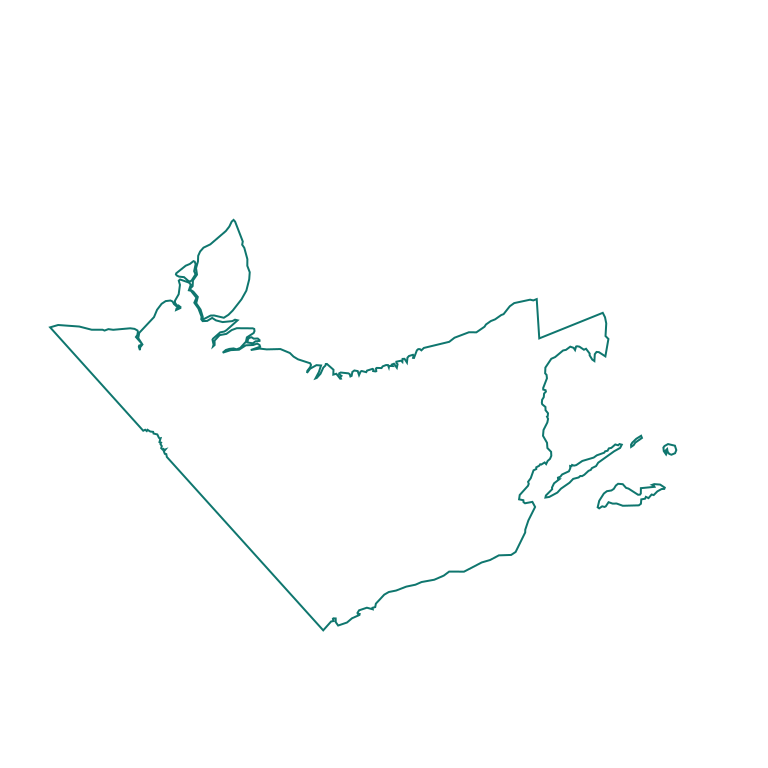 the border of Papua, rotated 138°
{"feature_id": "IDN-558", "entity_name": "Papua", "entity_type": "Province", "adm_level": 1, "iso_a3": "IDN", "parent_name": "Indonesia", "parent_adm1": "", "projection": "mercator", "projection_center": [137.674, -4.867], "detail": "fine", "context": "isolated", "style": "outline", "palette": "teal", "viewbox_px": 768, "rotation_deg": 138, "n_neighbors": 0, "source": "natural_earth", "source_scale": "10m", "svg_char_len": 6173}
<svg xmlns="http://www.w3.org/2000/svg" viewBox="0 0 768 768"><g transform="rotate(138 384 384)"><path d="M594.0,241.6L594.2,475.1L592.7,477.6L593.6,478.8L592.7,481.2L590.2,481.6L591.2,482.0L591.4,483.3L592.4,483.3L592.5,485.4L590.7,486.5L590.3,489.1L588.9,489.6L589.7,491.1L586.3,493.2L587.2,493.7L587.2,494.8L586.2,498.2L588.4,501.4L587.6,502.9L589.5,505.1L590.4,508.2L591.8,507.8L592.1,509.8L594.2,510.4L594.2,649.5L586.7,645.9L572.0,630.6L564.9,619.9L556.8,612.6L555.9,610.7L552.1,609.2L549.0,605.5L535.3,595.2L532.5,591.9L531.4,588.7L532.0,587.4L534.6,585.4L536.9,584.9L537.0,576.5L538.4,575.5L540.2,576.4L541.3,575.7L542.7,572.5L540.7,574.4L537.1,575.0L535.9,582.6L531.6,585.8L510.2,587.6L503.0,591.0L495.6,592.4L490.8,591.7L486.8,588.9L485.9,586.7L486.6,584.0L486.2,580.7L484.6,578.5L487.7,578.9L488.9,578.1L484.5,576.7L483.8,577.4L484.2,580.0L485.4,580.9L484.9,584.4L483.5,585.8L476.5,588.1L469.3,594.2L467.4,598.1L465.6,598.1L461.1,589.9L461.1,587.1L466.3,584.2L465.1,582.5L465.7,573.6L470.6,571.3L471.4,564.3L474.6,556.0L476.5,554.4L476.7,552.1L473.2,549.2L467.5,548.1L466.3,543.7L462.5,538.0L454.6,532.2L451.7,531.5L450.2,529.3L465.0,529.4L467.5,529.8L471.2,532.0L480.7,532.1L481.8,531.7L484.3,527.3L485.9,526.3L483.8,526.3L480.9,529.6L474.7,530.2L473.3,530.2L467.6,526.7L461.1,526.0L456.1,524.0L444.3,513.2L443.6,511.8L444.8,510.0L446.8,509.1L454.7,510.4L458.3,507.8L466.7,507.0L470.3,508.4L472.0,511.1L475.5,513.6L478.8,515.1L482.9,515.2L475.2,511.7L468.8,506.5L460.8,505.2L455.1,500.5L451.2,498.9L450.4,496.3L451.1,494.6L460.3,498.4L452.8,493.6L448.0,488.2L437.6,479.3L433.2,470.0L432.9,464.9L431.4,459.9L425.0,448.8L425.5,447.0L427.6,445.9L432.1,445.1L433.8,443.8L428.7,444.8L421.6,443.2L418.4,439.9L424.3,436.5L431.2,434.0L430.0,433.5L424.3,434.1L418.1,436.8L415.2,436.9L413.9,437.8L413.0,437.1L412.0,428.4L415.4,424.9L412.6,423.5L413.0,417.2L412.4,416.8L411.8,418.5L410.2,418.5L410.8,421.2L410.2,421.9L408.5,421.5L403.3,415.7L402.9,414.2L403.9,412.1L402.6,411.7L399.5,414.1L397.0,413.9L394.9,411.2L396.6,407.3L393.1,408.9L391.9,408.6L389.3,404.7L387.6,405.3L382.4,402.9L382.1,401.9L383.4,400.9L382.0,399.1L381.2,398.7L379.5,400.9L378.6,400.8L375.2,397.5L373.2,398.0L369.8,396.7L368.4,395.4L369.3,393.1L368.1,394.0L365.4,391.4L365.1,393.2L363.0,392.4L363.6,387.5L360.7,389.6L360.7,391.4L359.9,392.3L355.7,389.9L355.6,388.1L353.4,390.2L351.9,389.0L352.6,384.6L348.9,387.9L346.7,388.1L342.9,386.3L343.1,385.2L344.9,384.0L344.3,383.3L337.1,387.0L335.2,387.0L334.0,385.9L333.7,384.0L330.2,384.1L307.3,371.7L300.6,371.2L286.2,365.6L280.8,360.6L271.0,359.3L268.4,360.0L262.5,359.3L258.2,357.7L250.7,356.8L248.4,355.9L238.5,357.6L233.1,357.0L219.0,348.9L217.1,346.2L213.7,344.9L238.1,314.0L173.8,290.5L175.1,285.7L178.3,280.3L187.3,271.4L187.1,267.3L201.0,256.4L203.0,263.9L204.6,265.6L207.4,265.1L212.3,260.3L212.9,262.8L212.0,267.7L210.8,269.0L210.3,275.0L212.5,275.7L213.8,281.0L215.3,282.9L216.2,283.3L219.3,281.4L218.9,284.0L220.6,287.1L225.9,287.6L228.5,289.1L238.8,289.5L242.8,290.8L253.1,288.2L257.1,284.1L257.1,282.0L259.1,279.2L268.4,274.5L269.4,273.3L268.1,271.3L268.8,270.0L271.4,269.8L274.1,267.3L277.0,266.5L279.3,264.4L280.0,263.0L279.4,258.9L281.5,256.4L281.7,252.5L283.8,250.6L284.7,250.7L285.4,248.3L288.4,246.1L296.2,243.1L300.5,239.1L302.2,231.2L305.4,227.1L305.2,221.8L307.7,218.7L310.7,217.3L313.9,217.3L317.1,216.0L317.1,218.2L321.0,218.9L321.6,219.8L323.4,219.4L326.6,220.2L327.8,218.9L330.6,219.8L338.0,215.8L342.4,214.9L343.2,213.0L345.1,212.0L357.4,210.7L360.8,207.9L358.2,204.4L359.4,202.8L359.0,201.0L352.6,197.1L354.0,191.5L368.0,186.0L376.5,181.2L378.4,179.2L398.6,171.1L403.9,171.9L413.3,179.8L422.9,182.2L430.8,186.0L450.1,191.0L461.1,201.0L467.8,201.6L477.6,204.9L488.6,211.7L494.9,213.8L503.0,218.5L513.2,222.4L519.6,226.2L524.8,227.3L537.0,226.2L539.8,224.1L542.3,225.4L543.1,224.1L546.4,229.2L554.0,232.5L556.9,231.6L557.2,230.9L556.0,229.4L556.8,228.8L564.5,231.3L571.1,231.5L579.7,235.2L579.2,239.3L576.8,242.1L578.4,243.7L579.1,243.7L580.1,241.6L582.2,242.9L594.0,241.6ZM467.1,550.9L475.6,553.1L473.7,555.3L470.5,562.1L469.5,569.7L464.1,573.3L463.9,580.2L465.0,584.5L460.7,584.8L456.7,588.8L449.8,590.4L446.2,595.8L440.2,599.6L436.3,603.6L432.0,605.5L426.9,606.1L419.7,604.0L399.2,603.5L393.6,604.5L388.5,606.6L386.0,606.6L386.0,604.3L393.6,584.4L396.2,582.4L396.7,578.7L402.0,568.2L406.5,563.3L409.0,556.9L414.1,552.0L423.8,545.5L433.2,542.3L447.3,539.8L453.3,539.5L458.7,540.4L464.4,548.6L467.1,550.9ZM307.3,147.6L307.7,149.4L302.2,153.2L293.9,155.5L290.1,155.2L286.2,152.7L283.4,152.3L279.6,153.4L276.8,153.2L273.6,149.8L273.6,144.8L272.3,142.7L269.3,131.7L267.8,130.5L266.4,130.8L262.8,134.7L251.8,126.6L251.5,128.0L252.2,129.6L250.2,128.8L246.1,124.5L244.7,119.1L245.9,118.5L248.0,120.2L252.7,121.3L257.9,121.0L259.1,122.8L263.8,122.2L264.9,124.9L266.8,124.1L270.0,126.1L273.2,123.1L275.8,123.3L288.0,133.7L291.1,139.5L294.1,142.1L296.2,145.9L301.0,144.7L302.4,145.1L303.7,147.1L307.3,147.6ZM336.8,189.5L340.0,191.6L338.3,192.8L329.4,193.3L328.5,194.6L324.1,196.4L317.1,195.9L318.0,197.2L317.4,198.0L315.0,197.1L312.2,197.6L305.0,195.4L302.0,196.7L300.5,198.5L299.7,197.4L298.4,198.0L297.4,196.2L295.4,195.1L288.1,194.1L277.4,189.0L273.6,188.6L266.3,185.6L264.7,186.0L262.5,184.8L260.0,185.7L257.8,184.4L252.6,184.3L251.0,181.8L249.2,181.8L247.9,179.8L251.3,178.5L257.9,180.0L277.5,182.2L281.3,181.1L285.9,182.4L287.7,181.8L290.1,182.6L295.8,182.5L298.4,183.0L299.7,184.3L301.9,184.3L306.9,186.9L312.2,186.5L322.5,187.8L327.8,187.3L336.8,189.5ZM464.5,601.0L465.4,603.3L465.3,604.7L464.3,605.3L452.2,604.6L447.9,603.1L443.4,602.8L442.8,601.6L443.8,599.1L449.6,594.9L450.7,591.6L457.5,589.7L459.5,589.9L460.4,591.4L461.1,597.2L464.5,601.0ZM221.5,142.9L221.0,146.9L218.9,149.8L217.0,150.2L213.1,149.3L209.1,143.5L211.0,139.3L214.0,137.8L217.7,139.1L218.8,141.2L218.5,144.0L217.1,146.2L219.2,146.1L220.2,143.5L221.5,142.9ZM454.2,502.0L457.7,506.2L455.1,508.3L453.2,508.4L451.1,507.3L450.5,504.9L447.4,502.3L447.1,499.9L447.7,499.3L450.9,501.7L454.2,502.0ZM239.4,171.5L242.4,171.9L241.0,173.6L238.7,174.3L233.2,174.5L227.6,173.5L228.4,171.3L236.5,172.3L239.4,171.5Z" fill="none" stroke="#0f766e" stroke-width="2"/></g></svg>